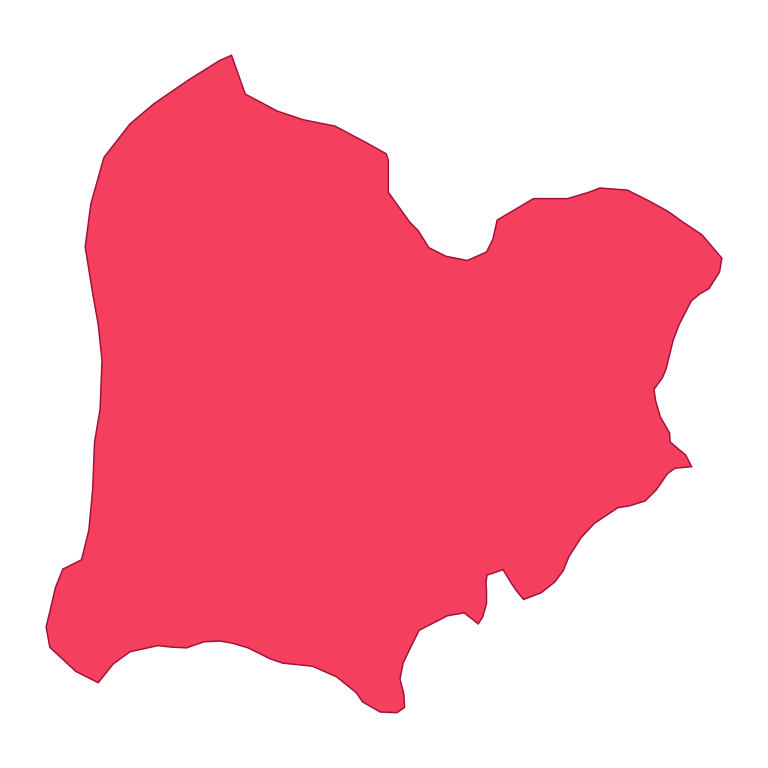 outline of Tanjung Manis, Sarawak, Malaysia
{"feature_id": "92858781B89003651780550", "entity_name": "Tanjung Manis", "entity_type": "district", "adm_level": 2, "iso_a3": "MYS", "parent_name": "Malaysia", "parent_adm1": "Sarawak", "projection": "orthographic", "projection_center": [111.343, 2.279], "detail": "fine", "context": "isolated", "style": "filled", "palette": "rose", "viewbox_px": 768, "rotation_deg": 0, "n_neighbors": 0, "source": "geoboundaries", "source_scale": "gbopen_adm2", "svg_char_len": 1517}
<svg xmlns="http://www.w3.org/2000/svg" viewBox="0 0 768 768"><path d="M669.6,433.0L660.2,416.7L655.6,400.7L654.0,389.3L662.4,377.8L666.2,368.7L673.1,340.4L679.2,324.4L691.4,300.8L699.8,293.9L709.0,288.6L719.6,271.8L721.2,261.9L721.9,258.3L702.1,234.9L682.9,222.1L668.0,211.4L648.7,200.8L627.4,190.1L599.6,188.0L589.0,192.2L567.6,198.6L550.6,198.6L533.5,198.6L497.2,220.0L492.9,239.2L486.5,252.0L467.3,260.5L446.0,256.3L428.9,247.7L418.2,230.7L409.7,222.1L388.3,192.2L388.3,177.3L388.3,160.2L386.2,153.8L367.0,143.1L335.0,126.1L303.0,119.7L277.3,111.1L245.3,94.1L231.5,55.3L219.3,60.7L189.5,79.3L154.2,103.5L129.9,124.0L103.9,157.5L90.8,204.1L85.2,246.9L92.7,293.5L98.3,325.1L102.0,360.5L100.1,408.9L94.5,442.5L92.7,489.0L88.9,530.0L81.5,559.8L62.8,569.1L55.4,587.7L49.8,611.9L46.1,626.8L49.8,647.3L75.9,671.5L98.2,682.7L113.1,664.1L130.0,651.7L158.2,645.6L171.2,647.1L186.4,647.9L204.0,641.8L220.0,641.0L233.0,643.3L248.2,647.9L269.6,658.6L282.5,663.1L312.3,666.2L336.7,676.9L356.5,692.9L362.6,702.0L380.2,712.0L397.0,712.7L404.6,707.4L403.8,693.7L400.0,679.2L403.1,663.1L411.5,645.6L419.1,630.3L447.3,615.8L464.1,612.8L478.2,623.9L482.6,617.1L486.5,603.9L486.5,596.6L486.5,590.2L486.0,582.9L487.0,575.1L503.1,569.7L511.4,583.4L516.8,591.2L523.6,599.5L541.2,592.7L554.9,581.9L563.2,570.7L569.0,556.5L581.2,537.5L594.4,523.3L617.8,507.7L629.6,505.8L645.2,500.9L656.4,489.7L667.6,473.5L675.0,468.2L691.6,466.7L685.7,455.0L677.4,448.2L670.1,441.8L669.6,433.0Z" fill="#f43f5e" stroke="#9f1239" stroke-width="1.5"/></svg>